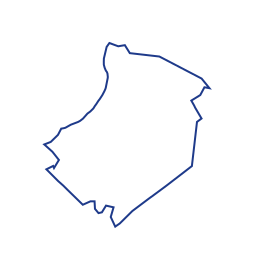 outline of Jefferson, Missouri, United States of America, rotated 224°
{"feature_id": "52423323B41402843963170", "entity_name": "Jefferson", "entity_type": "district", "adm_level": 2, "iso_a3": "USA", "parent_name": "United States of America", "parent_adm1": "Missouri", "projection": "mercator", "projection_center": [-90.467, 38.253], "detail": "fine", "context": "isolated", "style": "outline", "palette": "blue", "viewbox_px": 256, "rotation_deg": 224, "n_neighbors": 0, "source": "geoboundaries", "source_scale": "gbopen_adm2", "svg_char_len": 1002}
<svg xmlns="http://www.w3.org/2000/svg" viewBox="0 0 256 256"><g transform="rotate(224 128 128)"><path d="M93.9,189.3L96.0,190.1L101.5,191.7L98.9,201.9L101.3,210.4L97.1,213.2L109.4,214.7L155.1,201.2L178.7,183.1L187.8,185.4L191.8,180.0L200.4,176.2L199.7,171.5L193.6,161.2L191.4,158.8L189.3,156.7L186.6,155.1L183.8,153.9L182.1,153.6L180.6,152.9L178.1,150.8L177.4,150.0L172.0,141.6L171.6,140.8L171.4,140.4L170.5,137.9L169.3,133.8L168.4,129.1L168.2,127.1L167.4,123.0L167.1,120.7L166.5,118.0L166.6,113.6L167.2,110.2L166.9,103.5L167.4,100.0L168.1,97.7L171.4,90.7L173.2,84.7L174.1,83.2L174.9,82.1L175.0,81.9L175.6,81.2L173.6,74.4L173.9,64.3L176.8,58.0L165.8,58.4L155.5,57.0L153.4,47.8L155.5,48.7L158.0,41.6L141.4,41.3L134.5,41.6L128.7,41.5L128.0,41.5L107.2,41.4L104.1,49.1L101.1,52.0L95.6,46.9L90.1,46.3L88.2,49.2L89.9,56.9L83.3,60.9L78.6,52.0L68.7,48.2L67.6,53.6L67.2,71.3L64.0,91.4L62.3,101.2L60.3,113.2L55.6,145.0L82.6,180.3L81.7,185.9L93.9,189.3Z" fill="none" stroke="#1e3a8a" stroke-width="2"/></g></svg>